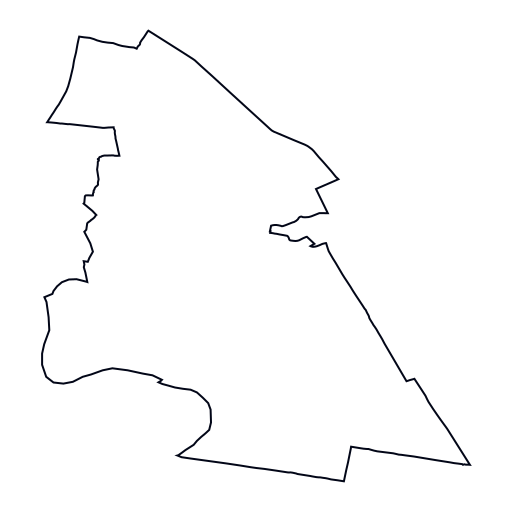 Malu Mare, Dolj, Romania
{"feature_id": "2599482B22057197268222", "entity_name": "Malu Mare", "entity_type": "district", "adm_level": 2, "iso_a3": "ROU", "parent_name": "Romania", "parent_adm1": "Dolj", "projection": "natural_earth1", "projection_center": [23.851, 44.259], "detail": "fine", "context": "isolated", "style": "outline", "palette": "ink", "viewbox_px": 512, "rotation_deg": 0, "n_neighbors": 0, "source": "geoboundaries", "source_scale": "gbopen_adm2", "svg_char_len": 5144}
<svg xmlns="http://www.w3.org/2000/svg" viewBox="0 0 512 512"><path d="M469.9,464.8L447.1,428.7L441.0,420.3L437.4,415.2L433.2,409.1L428.5,401.9L427.1,399.2L425.5,395.8L422.0,390.4L414.4,378.8L413.5,379.1L409.8,380.1L408.1,380.7L406.5,381.2L384.5,343.6L382.2,339.2L380.5,336.3L378.6,333.2L376.4,329.3L374.6,326.6L373.6,325.3L372.4,323.2L370.4,320.0L369.4,318.2L369.2,317.6L368.9,316.3L368.4,315.2L367.1,312.9L365.7,309.9L364.6,308.7L362.9,306.0L356.2,295.9L354.0,292.5L352.6,290.3L350.5,286.8L346.9,281.3L344.5,277.7L342.3,274.2L339.6,269.6L335.6,262.8L332.9,258.5L330.4,254.2L328.7,251.2L327.8,248.6L326.1,243.1L325.7,243.1L324.4,243.4L322.4,243.9L319.5,245.2L316.9,246.2L315.2,246.6L313.7,246.8L313.2,246.8L312.6,246.8L312.0,246.6L311.1,246.4L310.5,246.1L314.4,243.8L311.3,240.9L306.9,236.8L306.0,237.0L303.2,238.2L299.1,240.3L297.4,240.8L295.4,241.0L294.2,240.9L292.4,240.7L290.9,240.5L290.1,240.3L289.7,240.0L289.3,239.6L289.1,239.0L288.8,238.0L288.3,237.0L287.8,236.3L287.1,235.8L283.4,235.1L279.3,234.4L277.5,234.0L276.5,233.8L274.7,233.6L272.9,233.2L271.4,233.0L270.2,232.9L270.5,231.3L269.9,231.3L271.1,225.7L273.0,225.2L274.7,225.0L276.5,225.0L278.5,225.3L280.7,225.8L281.7,226.2L282.9,226.1L285.8,225.1L292.6,222.4L294.1,222.0L296.2,220.8L297.9,219.3L298.8,217.8L299.6,217.1L300.5,216.7L301.6,216.6L302.2,216.9L303.0,217.2L303.8,217.2L304.8,217.3L308.1,217.1L308.9,217.0L311.4,216.3L318.7,213.4L319.4,213.1L320.9,213.1L326.5,213.2L327.8,213.2L316.0,189.0L320.8,186.9L334.4,181.0L338.4,179.2L337.9,178.7L335.8,176.8L333.4,173.8L331.2,171.1L322.9,161.6L318.8,157.1L313.6,150.9L311.9,149.2L308.4,146.6L307.3,145.9L304.7,144.6L294.0,140.2L282.7,135.4L273.9,131.7L271.8,130.5L269.8,128.8L267.0,126.2L249.1,109.9L230.6,93.0L212.1,76.0L201.5,66.5L194.8,60.3L193.1,59.1L180.5,51.0L160.6,38.4L148.4,30.7L147.6,31.5L144.0,37.1L141.5,40.4L140.1,42.7L140.1,43.7L139.8,44.6L139.0,45.4L137.8,46.5L136.7,48.7L133.9,47.5L129.3,47.1L126.8,46.7L122.2,46.0L118.4,45.0L113.2,43.1L107.7,42.6L102.3,41.8L97.1,40.4L93.9,39.1L89.9,37.9L84.1,37.3L79.2,36.6L78.5,39.5L77.5,44.2L76.0,52.6L74.3,59.4L73.8,62.0L73.0,67.2L70.3,78.6L68.2,86.2L66.2,91.4L61.2,100.4L58.8,104.6L57.3,106.6L55.9,108.7L54.1,111.6L53.0,113.3L52.5,114.0L51.7,115.2L51.2,116.0L50.7,116.8L50.0,117.9L48.9,119.5L48.1,120.8L47.2,122.2L47.4,122.2L52.5,122.6L56.6,123.0L60.0,123.5L61.6,123.5L65.1,123.9L68.0,124.2L69.5,124.1L76.7,124.9L92.9,126.7L100.7,127.6L103.0,127.9L104.0,127.9L108.5,127.5L113.6,127.3L113.6,127.6L113.8,128.5L114.1,129.1L114.5,129.9L114.8,130.5L114.9,131.1L114.8,132.0L114.8,132.9L115.0,134.5L115.4,136.3L115.4,136.7L115.5,137.5L115.5,137.9L115.5,138.4L115.7,139.2L116.1,140.8L116.4,142.1L117.9,148.9L118.0,149.8L118.9,153.4L119.4,155.7L117.2,155.8L116.1,155.8L114.5,155.7L113.8,155.5L113.2,155.4L112.2,155.4L108.4,155.5L104.5,155.5L102.7,155.9L102.0,156.1L101.2,156.6L100.9,156.8L100.4,156.8L100.0,156.9L99.3,157.4L99.0,158.2L98.8,158.5L97.9,159.0L97.9,159.4L98.4,159.6L98.8,159.7L98.9,160.0L98.8,160.4L98.5,161.1L98.1,161.4L97.8,161.9L97.8,162.3L97.8,162.7L97.8,163.5L97.7,165.1L97.1,169.5L98.6,179.3L97.9,182.4L98.0,184.7L97.4,185.5L95.7,186.9L94.7,188.3L94.4,189.6L93.8,190.3L93.5,191.3L93.7,191.6L93.7,191.9L93.7,192.3L93.5,192.5L93.2,192.9L92.9,194.4L92.9,195.4L92.3,195.5L89.8,195.4L88.3,195.3L85.9,195.4L85.6,195.5L85.2,195.9L84.9,196.3L84.8,197.4L84.3,202.8L83.6,203.6L89.3,208.3L92.4,210.9L96.2,214.9L96.0,215.0L95.6,215.7L95.0,216.6L94.4,217.4L93.9,217.9L93.4,218.3L93.0,218.7L92.4,219.1L91.8,219.6L91.3,219.8L91.1,220.1L90.7,220.4L90.4,220.8L89.6,221.3L88.6,222.1L88.1,222.4L87.7,222.7L87.5,223.0L87.3,223.3L87.1,223.8L87.1,224.1L86.7,226.9L86.3,229.7L85.3,230.8L84.3,231.8L90.3,243.3L92.9,251.7L89.4,257.8L87.8,261.8L83.7,261.2L84.4,264.5L83.8,267.2L85.4,272.6L86.9,280.0L87.3,282.0L86.4,281.7L81.7,280.5L76.5,279.2L68.9,279.5L61.9,282.2L57.1,286.3L53.5,291.0L52.4,293.9L44.4,297.2L46.5,302.0L48.6,317.2L49.3,330.2L44.2,344.2L42.1,353.6L42.1,364.8L46.2,376.8L53.5,382.5L63.4,383.6L72.9,381.8L82.7,376.8L91.0,374.5L102.7,370.3L112.4,368.3L127.7,370.3L142.9,373.6L152.5,375.3L161.9,379.8L160.7,381.0L158.5,382.3L162.4,384.0L168.3,385.6L175.0,387.5L183.0,388.8L190.6,389.7L196.9,392.4L202.8,397.7L208.2,403.1L210.6,409.6L210.8,415.8L211.0,422.5L209.2,429.9L205.3,433.5L201.3,436.8L196.9,440.9L193.7,444.8L185.4,450.1L182.2,452.5L178.4,455.2L177.4,455.5L181.6,457.2L190.5,458.5L226.1,463.4L240.2,465.5L250.7,467.2L256.3,468.0L264.3,468.9L275.3,470.5L287.7,472.4L289.0,472.5L290.5,472.4L292.6,472.7L296.2,473.5L297.5,474.0L302.6,474.8L310.3,476.0L312.2,476.4L316.2,477.1L318.2,477.3L320.4,477.4L322.8,477.8L325.8,478.2L327.8,478.6L331.0,479.4L337.7,480.3L343.9,481.3L346.2,470.3L348.0,462.5L349.1,457.0L350.8,448.6L351.1,446.7L360.3,448.2L363.6,448.7L365.8,448.9L367.1,449.0L368.5,449.0L371.1,449.8L374.3,450.7L376.3,451.1L377.0,451.3L393.2,453.3L395.4,453.8L398.3,454.5L399.1,454.7L400.0,454.7L401.2,454.8L402.7,455.0L404.8,455.3L413.9,456.5L435.6,460.1L450.2,462.4L454.0,463.1L458.2,463.6L461.2,464.0L462.4,464.2L463.0,464.8L464.0,464.4L464.4,464.3L464.8,464.4L465.4,464.6L466.8,464.7L468.6,464.7L469.9,464.8Z" fill="none" stroke="#020617" stroke-width="2"/></svg>